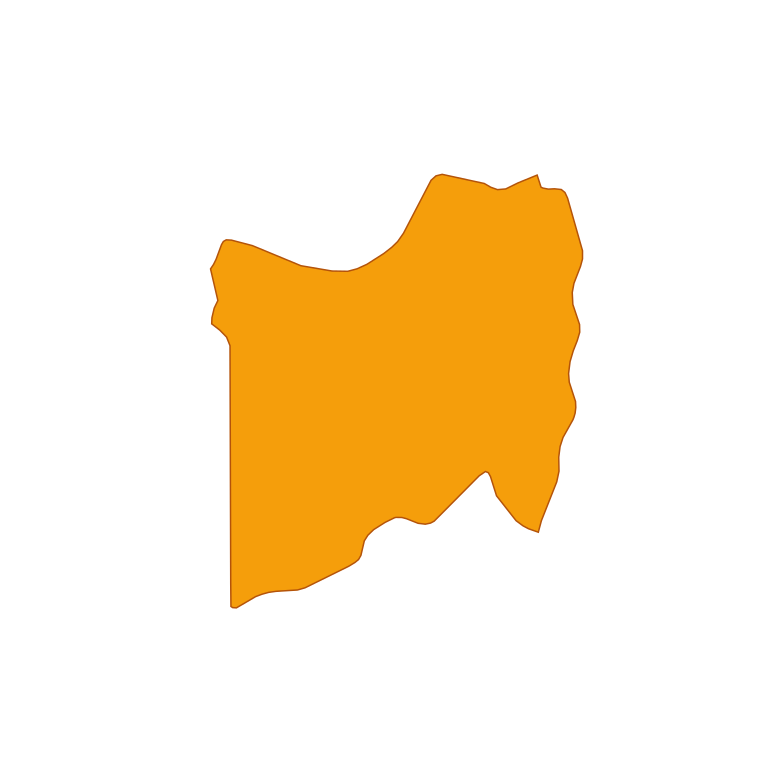 SVG path tracing the border of Western Highlands, rotated 48°
{"feature_id": "PNG-1247", "entity_name": "Western Highlands", "entity_type": "Province", "adm_level": 1, "iso_a3": "PNG", "parent_name": "Papua New Guinea", "parent_adm1": "", "projection": "equal_earth", "projection_center": [144.47, -5.822], "detail": "fine", "context": "isolated", "style": "filled", "palette": "amber", "viewbox_px": 768, "rotation_deg": 48, "n_neighbors": 0, "source": "natural_earth", "source_scale": "10m", "svg_char_len": 1370}
<svg xmlns="http://www.w3.org/2000/svg" viewBox="0 0 768 768"><g transform="rotate(48 384 384)"><path d="M362.8,121.4L368.7,123.2L417.8,147.3L423.9,152.8L428.1,159.3L436.3,175.5L442.0,182.9L451.2,190.4L470.7,198.9L476.5,203.9L481.1,211.4L486.0,221.2L491.9,230.8L499.7,239.8L506.6,245.1L525.2,253.4L529.8,257.2L533.5,261.4L535.8,265.1L537.0,267.5L543.5,286.7L548.3,295.0L555.3,303.1L565.9,312.3L572.3,321.1L590.9,358.5L597.4,368.5L588.2,373.5L582.4,375.6L574.0,377.3L542.4,375.2L524.0,366.8L519.7,365.8L516.9,367.2L515.9,374.6L519.5,438.5L518.5,442.5L515.8,447.1L510.3,451.9L499.2,457.4L495.2,460.0L491.2,464.3L490.5,465.5L487.6,475.7L485.3,489.1L485.6,497.2L487.4,503.6L495.9,515.8L497.4,520.3L497.2,524.9L495.9,531.9L482.6,579.1L479.2,586.1L465.8,603.0L461.7,609.1L458.6,615.3L456.1,621.7L451.6,643.5L448.9,646.1L446.9,646.6L429.7,631.4L252.5,472.8L243.8,469.6L234.1,470.0L224.0,471.8L219.6,467.5L214.0,459.4L210.8,451.6L182.4,435.9L181.1,430.7L179.0,425.4L171.7,411.5L170.6,408.0L171.3,404.8L175.0,401.1L193.1,389.2L240.5,366.6L265.3,347.0L276.0,335.5L280.3,327.1L283.6,316.7L286.9,296.8L287.6,286.5L287.3,278.6L285.0,268.6L264.1,212.7L264.1,206.1L267.1,200.5L302.1,175.3L309.2,173.0L315.5,169.6L320.5,163.0L324.2,149.9L331.2,130.4L342.8,135.6L344.7,134.8L349.1,131.5L353.0,126.7L358.1,122.1L362.8,121.4Z" fill="#f59e0b" stroke="#b45309" stroke-width="1.5"/></g></svg>